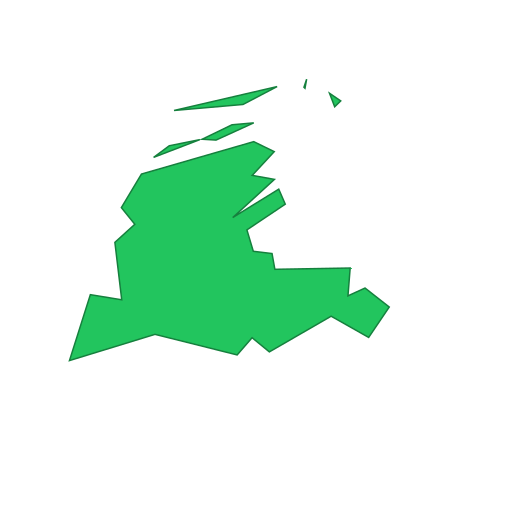 SVG path tracing the border of Zadarska, rotated 118°
{"feature_id": "HRV-1493", "entity_name": "Zadarska", "entity_type": "County", "adm_level": 1, "iso_a3": "HRV", "parent_name": "Croatia", "parent_adm1": "", "projection": "equal_earth", "projection_center": [15.553, 44.407], "detail": "coarse", "context": "isolated", "style": "filled", "palette": "green", "viewbox_px": 512, "rotation_deg": 118, "n_neighbors": 0, "source": "natural_earth", "source_scale": "10m", "svg_char_len": 767}
<svg xmlns="http://www.w3.org/2000/svg" viewBox="0 0 512 512"><g transform="rotate(118 256 256)"><path d="M275.0,118.3L273.9,161.4L334.4,199.2L330.0,221.1L352.2,226.2L372.6,308.4L435.9,371.6L367.9,384.1L357.7,354.0L310.2,387.0L284.9,377.9L276.5,397.6L237.4,395.6L156.1,311.7L155.3,288.9L186.6,297.2L179.7,275.7L233.0,294.6L186.3,267.3L196.5,254.5L237.2,276.3L253.1,260.6L246.3,243.0L258.9,233.1L222.4,167.2L248.0,156.1L233.1,144.7L238.5,114.4L275.0,118.3ZM128.3,338.6L166.0,396.7L96.5,316.9L128.3,338.6ZM199.3,384.3L179.6,360.2L217.0,392.7L199.3,384.3ZM178.2,358.4L151.4,338.8L139.5,320.5L172.4,345.7L178.2,358.4ZM87.3,256.6L77.8,267.5L79.3,254.0L87.3,256.6ZM76.1,294.3L84.9,291.5L84.5,292.9L76.1,294.3Z" fill="#22c55e" stroke="#15803d" stroke-width="1.5"/></g></svg>